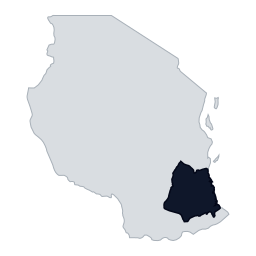 United Republic of Tanzania, with Lindi highlighted
{"feature_id": "TZA-3387", "entity_name": "Lindi", "entity_type": "Region", "adm_level": 1, "iso_a3": "TZA", "parent_name": "United Republic of Tanzania", "parent_adm1": "", "projection": "natural_earth1", "projection_center": [38.938, -9.38], "detail": "fine", "context": "in_parent", "style": "filled", "palette": "ink", "viewbox_px": 256, "rotation_deg": 0, "n_neighbors": 0, "source": "natural_earth", "source_scale": "10m", "svg_char_len": 7134}
<svg xmlns="http://www.w3.org/2000/svg" viewBox="0 0 256 256"><path d="M92.6,192.1L89.6,190.3L87.0,189.2L84.8,188.0L83.8,186.8L81.7,186.4L79.9,186.2L78.3,185.1L74.9,184.7L74.5,183.9L74.4,182.3L73.9,181.9L72.6,181.5L71.3,181.5L70.5,181.7L70.0,181.6L68.9,180.6L67.9,179.4L67.5,177.5L65.9,176.2L64.1,175.3L59.2,175.4L58.4,175.1L57.2,174.1L55.8,172.5L54.7,170.6L53.7,168.1L52.7,164.7L46.9,151.2L46.3,148.6L45.2,145.8L43.4,142.3L41.4,139.7L38.8,137.4L35.8,135.0L34.2,133.4L31.1,127.1L30.5,124.1L30.0,121.0L30.2,119.8L32.1,115.8L32.3,114.7L32.0,113.1L31.1,110.0L29.9,106.1L27.4,99.1L27.1,97.3L27.1,96.0L28.5,88.9L28.5,87.9L34.2,88.0L38.3,84.9L41.9,80.3L42.7,78.3L44.1,75.3L45.6,73.8L46.1,72.8L47.0,69.8L48.9,67.8L50.7,66.3L50.3,65.2L50.6,64.8L51.6,64.0L53.6,63.2L53.9,61.7L53.9,59.9L53.6,58.9L53.7,57.8L53.4,57.1L52.1,57.0L50.2,56.1L48.6,55.7L47.5,55.2L47.1,54.8L46.9,53.8L47.8,51.0L46.9,49.9L48.9,45.4L49.2,44.9L50.0,44.8L51.1,44.3L52.2,44.1L53.0,44.3L53.7,44.1L54.2,43.6L54.7,42.0L55.1,39.5L54.9,37.4L54.0,35.8L53.8,33.3L54.2,30.0L53.9,27.3L53.0,25.1L52.1,23.8L50.6,23.2L48.4,19.8L47.7,18.2L47.8,17.2L48.6,16.8L50.0,16.9L51.4,16.5L52.6,15.6L53.8,15.4L54.5,15.5L111.4,15.5L177.9,58.4L178.2,58.9L178.7,62.6L178.6,63.9L177.6,66.0L177.3,67.1L177.3,67.9L177.5,68.2L178.4,68.3L179.1,68.8L179.4,69.2L180.0,70.8L180.7,71.6L206.0,92.7L206.5,93.0L206.2,94.8L204.7,99.1L204.7,100.8L204.1,102.9L203.6,104.3L202.1,110.4L200.9,112.6L199.2,117.9L199.0,122.0L199.9,124.8L200.2,127.4L202.2,130.0L203.7,131.0L204.8,132.2L206.6,134.9L207.7,137.6L211.1,138.9L212.4,142.0L211.9,144.1L210.4,145.8L208.9,148.7L207.7,152.4L207.7,158.0L208.5,157.2L210.3,158.6L210.5,162.7L208.7,167.6L208.1,169.9L208.0,171.8L209.3,177.7L211.3,180.6L211.2,181.5L210.7,182.3L214.1,187.6L213.8,192.1L215.1,195.7L215.7,198.8L216.5,201.1L216.7,202.7L215.6,204.6L218.1,205.0L219.6,206.5L220.3,207.9L222.1,207.8L223.1,208.8L224.5,209.6L227.6,212.0L228.4,213.2L228.9,214.3L220.4,221.8L217.3,223.7L215.0,224.6L212.7,225.1L210.4,226.3L208.3,228.2L205.6,229.1L202.3,229.1L198.8,230.4L193.3,234.3L190.1,232.1L187.6,231.4L184.8,231.5L183.0,231.8L182.4,232.2L181.8,233.5L181.4,235.7L179.5,237.8L176.2,239.8L173.2,240.5L170.4,240.0L168.5,239.2L167.5,238.0L166.0,237.5L164.1,237.6L162.3,238.4L160.5,240.0L157.8,240.6L153.9,240.4L151.8,239.7L151.6,238.4L149.9,236.9L146.8,235.1L144.5,235.1L143.1,236.8L141.7,237.8L140.5,238.2L139.5,238.3L137.9,237.8L133.6,237.7L129.6,237.7L129.2,235.3L128.4,233.9L127.6,233.0L126.3,232.8L125.9,232.1L125.4,230.6L124.7,229.3L123.8,228.2L123.2,227.3L123.0,226.4L123.2,225.4L124.0,222.9L124.3,221.2L124.2,219.5L123.7,217.7L122.8,215.6L122.9,215.0L122.5,213.5L122.5,212.5L122.7,211.3L122.5,209.6L121.6,206.1L121.6,205.2L120.8,203.5L118.1,199.4L117.9,198.9L113.7,194.8L112.0,193.9L111.4,194.7L111.2,195.4L111.4,196.7L111.3,197.4L111.1,197.7L110.1,197.6L109.5,197.5L107.9,196.4L106.7,196.1L103.6,196.3L102.5,196.5L101.7,196.3L100.0,194.4L98.1,194.0L96.4,193.9L93.6,191.8L92.6,192.1ZM211.5,124.1L212.9,128.6L212.7,129.5L211.7,130.0L211.2,130.0L210.6,129.3L210.2,127.8L209.4,128.1L208.2,126.3L206.9,126.3L205.8,124.1L206.2,122.2L206.0,119.0L207.4,117.4L208.1,114.6L209.0,116.5L209.2,119.5L210.4,122.9L211.5,124.1ZM218.2,97.5L218.3,98.6L218.0,99.6L218.1,102.7L218.0,104.8L216.9,107.8L216.1,108.8L215.3,108.5L214.7,108.0L214.2,107.2L215.2,101.9L214.7,97.9L216.7,98.3L218.2,97.5ZM215.4,162.0L214.4,162.3L214.0,162.0L213.4,161.2L214.5,160.4L215.5,159.0L217.8,156.8L218.9,155.1L218.8,156.8L217.4,160.4L216.3,160.7L215.4,162.0Z" fill="#d9dde1" stroke="#a8b0b8" stroke-width="1"/><path d="M207.7,169.2L207.8,169.5L208.0,170.1L208.0,170.7L208.1,171.3L207.9,172.5L208.0,173.1L208.6,173.8L208.8,174.3L209.0,174.9L209.1,175.3L209.0,177.1L208.9,177.5L209.6,177.7L209.7,177.8L209.7,178.0L209.8,178.2L210.0,178.2L210.3,178.3L210.5,178.4L210.5,178.6L210.5,179.1L210.7,179.4L210.9,179.6L211.1,179.7L211.3,179.9L211.5,180.2L211.7,180.9L211.9,181.3L212.4,181.7L212.5,181.9L212.3,182.0L212.1,182.0L211.9,181.9L211.7,181.7L211.3,181.3L210.9,180.7L210.6,180.5L210.3,180.6L210.1,180.7L209.9,180.8L209.5,181.4L209.8,181.5L210.9,181.4L210.7,181.7L210.6,182.0L211.1,182.1L211.4,182.2L211.4,182.5L211.3,182.9L211.3,183.4L211.3,183.5L211.5,183.6L211.5,184.1L211.4,184.3L211.5,184.5L211.6,184.9L211.5,185.0L211.4,185.2L211.5,185.4L211.6,185.8L211.5,186.1L211.8,186.1L212.1,185.9L212.4,185.7L212.6,185.5L212.8,185.5L213.1,185.8L213.8,186.9L214.2,187.5L214.2,188.1L214.0,188.8L213.9,189.0L214.0,189.1L214.2,189.3L214.3,189.5L214.2,190.1L214.1,190.3L214.2,191.0L214.1,191.3L213.9,191.6L213.6,191.9L213.3,191.9L213.0,191.9L212.8,192.0L212.7,192.2L212.7,192.5L212.8,192.9L213.1,192.8L213.5,192.8L213.6,192.5L213.8,192.6L214.0,192.8L214.3,192.9L214.3,193.1L214.3,193.3L214.3,193.5L214.8,194.1L215.0,194.6L215.2,195.7L215.4,196.0L215.6,196.2L215.6,196.4L215.4,196.5L215.5,196.9L215.6,197.0L215.8,197.3L215.9,197.5L215.8,198.0L216.0,198.4L215.9,198.5L215.5,198.7L215.2,199.0L215.3,199.3L216.0,199.2L216.1,199.3L216.3,200.0L216.7,200.4L216.9,200.6L217.0,200.8L217.1,201.4L217.0,201.9L216.6,202.1L216.1,202.0L216.3,202.3L216.8,202.7L216.8,202.9L216.6,203.1L216.0,203.4L215.4,203.5L215.4,203.8L215.6,204.3L215.6,204.7L215.5,205.0L215.3,205.2L215.0,205.5L215.5,205.4L216.3,204.2L216.7,204.2L216.9,204.4L217.4,204.3L217.8,204.8L218.1,204.8L218.3,204.8L218.6,204.9L219.0,205.3L220.1,207.3L220.1,208.3L219.6,208.7L218.9,209.3L216.0,211.2L215.3,211.5L214.8,212.2L214.7,213.1L214.4,213.9L214.4,214.5L214.8,214.9L214.9,215.7L214.5,216.4L213.9,217.1L213.2,216.6L212.7,215.1L212.4,214.9L212.1,214.5L211.5,212.6L210.1,211.6L209.7,211.6L209.2,211.7L208.8,212.3L208.2,212.6L207.6,212.6L207.4,213.0L207.2,213.9L206.4,214.1L206.2,213.5L206.1,212.9L205.5,212.7L204.8,213.1L203.3,214.0L202.4,214.4L201.0,215.1L200.5,215.5L200.2,215.9L198.9,216.1L198.2,215.8L197.7,215.4L197.1,215.4L196.5,215.7L194.9,215.9L190.1,218.1L189.0,219.4L188.1,221.0L187.5,221.5L184.3,221.7L183.4,219.8L183.0,219.3L182.7,218.8L182.5,217.8L182.0,216.8L181.9,216.4L181.7,215.9L181.2,215.0L180.7,214.6L180.2,214.2L179.3,213.5L169.3,210.7L164.9,208.8L164.1,207.9L164.1,206.4L164.0,204.9L164.2,203.6L164.6,202.4L166.1,200.9L167.5,199.1L168.3,197.8L168.7,196.6L168.9,195.3L170.3,190.2L170.6,189.6L170.9,189.0L171.0,187.7L171.8,186.9L172.8,186.5L173.0,185.7L172.4,184.8L172.6,183.5L172.1,182.1L172.1,181.4L171.9,179.5L172.0,178.9L172.8,177.1L173.2,175.4L173.2,175.0L173.2,174.5L173.2,174.3L172.9,173.6L173.0,173.0L173.4,172.5L173.7,172.0L174.0,171.5L174.6,170.5L174.9,169.9L175.0,169.9L175.3,169.8L175.4,169.7L175.5,169.5L175.6,169.2L175.8,168.8L176.1,168.2L176.7,167.0L176.8,166.9L177.1,166.7L177.4,166.6L177.7,166.4L177.8,166.1L177.9,165.8L178.0,165.5L178.5,164.9L178.5,164.6L178.6,164.4L178.6,164.2L178.8,164.0L178.9,163.8L179.3,163.1L179.5,162.8L179.8,162.5L180.3,162.2L180.5,161.9L180.7,161.5L180.8,161.3L183.3,163.5L184.3,164.2L186.4,165.0L188.6,165.6L189.6,166.2L191.3,167.9L192.2,168.6L193.5,170.1L193.8,172.1L194.1,172.9L195.2,172.9L196.0,172.4L196.4,171.2L196.8,170.3L198.1,170.0L198.5,170.1L198.6,170.4L198.9,170.5L200.1,170.3L202.3,169.4L205.8,168.5L206.7,168.5L207.4,169.1L207.7,169.2Z" fill="#0f172a" stroke="#020617" stroke-width="1.5"/></svg>